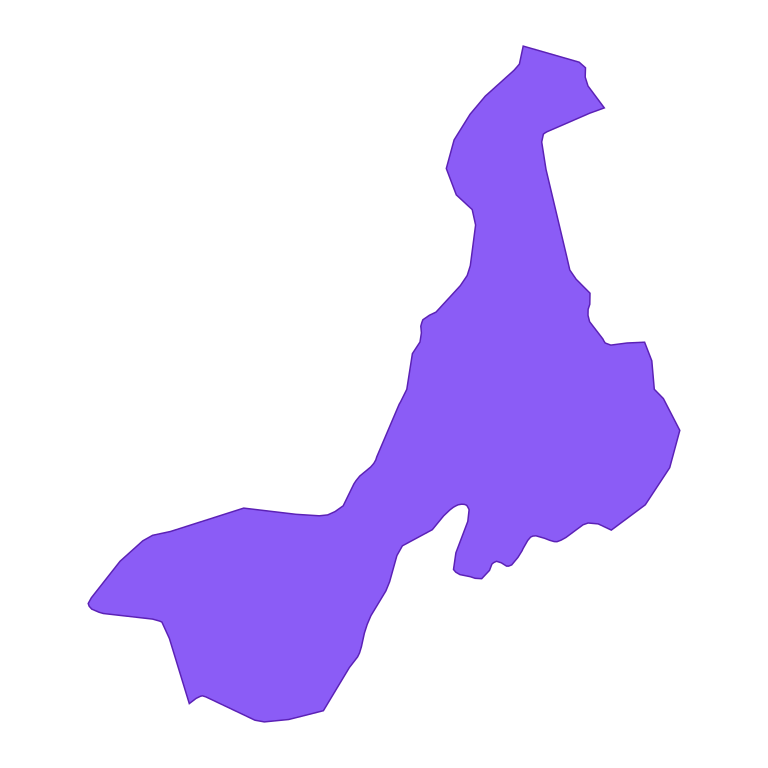 SVG path tracing the border of Quezaltenango
{"feature_id": "GTM-1945", "entity_name": "Quezaltenango", "entity_type": "Department", "adm_level": 1, "iso_a3": "GTM", "parent_name": "Guatemala", "parent_adm1": "", "projection": "robinson", "projection_center": [-91.716, 14.866], "detail": "fine", "context": "isolated", "style": "filled", "palette": "violet", "viewbox_px": 768, "rotation_deg": 0, "n_neighbors": 0, "source": "natural_earth", "source_scale": "10m", "svg_char_len": 1883}
<svg xmlns="http://www.w3.org/2000/svg" viewBox="0 0 768 768"><path d="M679.8,430.4L669.7,467.7L645.3,504.8L611.3,530.1L598.2,523.9L588.1,523.0L583.0,524.8L565.9,537.5L561.0,540.2L557.0,541.7L554.2,541.6L549.7,540.3L544.6,538.3L535.9,535.8L532.8,536.1L530.6,537.1L527.7,540.5L523.0,548.7L522.1,550.7L518.0,557.3L511.7,564.9L508.7,566.1L506.5,566.1L501.3,562.8L496.5,561.3L493.7,562.6L491.9,564.1L489.5,570.4L481.7,578.7L475.1,578.3L470.3,576.7L459.9,574.6L455.8,572.2L453.5,569.5L455.9,552.8L467.8,521.4L469.1,509.7L468.1,507.6L466.7,505.3L464.5,504.4L461.6,504.2L458.1,504.8L455.6,506.0L453.3,507.3L449.8,510.0L443.6,515.9L432.3,529.7L402.4,545.8L396.9,555.6L389.6,581.8L385.9,590.9L370.9,615.7L367.2,624.4L364.4,633.1L361.4,646.8L359.5,653.0L357.6,656.9L349.4,667.5L323.4,710.7L288.7,719.5L264.3,721.9L254.9,720.2L205.9,696.9L202.4,695.8L200.4,696.3L196.1,698.4L189.3,703.6L169.4,638.5L161.9,622.1L159.7,621.1L152.6,619.1L103.3,613.5L98.9,612.2L91.7,609.1L89.2,606.3L88.2,603.5L91.4,597.7L120.1,561.2L142.8,540.8L152.6,535.3L170.4,531.5L243.7,508.1L295.9,514.3L319.3,515.8L327.7,514.9L335.0,511.6L343.2,505.8L353.9,483.9L356.0,480.7L359.8,476.0L370.7,467.0L373.8,463.4L375.8,459.9L376.7,457.0L399.2,404.2L400.6,401.8L406.8,389.3L412.4,353.6L420.0,342.0L421.4,332.9L420.8,326.2L421.9,322.3L422.9,319.7L429.5,315.2L436.0,312.1L460.3,285.7L467.2,275.5L470.3,265.7L475.6,225.0L472.2,209.6L456.3,194.9L446.3,168.5L454.1,139.9L470.1,114.2L485.3,96.1L514.1,70.2L519.4,64.1L523.2,46.1L579.2,62.2L585.5,67.8L585.2,77.1L588.0,86.0L604.3,107.9L589.7,113.2L547.1,131.7L545.2,132.8L543.4,134.1L541.7,142.0L546.0,169.4L566.6,256.1L569.8,270.0L576.1,279.2L590.0,293.2L589.8,304.3L588.1,309.4L588.0,315.3L589.6,321.7L602.9,339.0L603.9,341.0L605.2,343.0L610.8,345.1L627.0,343.0L644.6,342.2L651.8,360.8L654.3,389.3L663.4,398.6L679.8,430.4Z" fill="#8b5cf6" stroke="#5b21b6" stroke-width="1.5"/></svg>